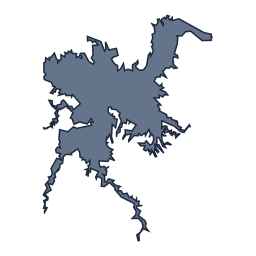 Waduk Cirata, Jawa Barat, Indonesia (Natural Earth projection)
{"feature_id": "22746128B76055711701199", "entity_name": "Waduk Cirata", "entity_type": "district", "adm_level": 2, "iso_a3": "IDN", "parent_name": "Indonesia", "parent_adm1": "Jawa Barat", "projection": "natural_earth1", "projection_center": [107.303, -6.755], "detail": "fine", "context": "isolated", "style": "filled", "palette": "slate", "viewbox_px": 256, "rotation_deg": 0, "n_neighbors": 0, "source": "geoboundaries", "source_scale": "gbopen_adm2", "svg_char_len": 5778}
<svg xmlns="http://www.w3.org/2000/svg" viewBox="0 0 256 256"><path d="M212.7,37.5L211.4,37.1L211.3,34.2L204.1,32.7L178.9,18.8L172.3,20.6L172.1,17.4L169.9,20.1L168.1,17.9L169.2,16.1L167.0,15.4L165.8,19.0L164.4,17.3L161.7,19.3L161.3,21.4L163.3,23.0L163.2,25.2L159.2,19.0L157.4,19.3L158.0,22.5L156.1,25.4L152.0,23.9L154.2,27.3L155.0,32.8L152.1,34.5L152.8,37.8L151.2,42.5L152.6,43.1L152.7,46.1L151.6,46.3L153.3,51.3L150.5,56.3L150.2,52.8L148.5,54.7L146.5,65.9L143.5,69.9L139.6,70.3L136.3,67.7L135.5,65.7L138.1,63.4L137.7,59.9L137.2,61.8L132.5,65.0L132.5,70.8L128.0,69.2L124.6,70.7L123.4,63.6L120.4,69.2L117.6,70.7L117.6,65.5L114.8,64.1L111.5,59.4L112.9,57.3L118.1,55.4L116.4,48.4L109.0,49.9L105.5,41.9L105.8,49.2L104.6,51.2L100.8,41.6L87.4,36.4L87.6,40.9L90.2,40.0L92.9,42.6L94.7,40.9L98.0,45.1L92.6,45.4L93.1,55.0L91.3,57.9L94.4,62.4L93.0,64.2L88.7,61.4L84.5,53.2L80.3,53.4L79.7,55.5L81.8,56.1L81.7,58.4L78.3,56.6L76.2,57.5L76.6,53.6L72.1,53.3L71.5,50.3L70.0,52.1L68.3,51.3L67.7,53.7L64.2,52.0L65.4,53.1L64.7,56.9L61.0,54.8L61.1,58.7L57.8,62.7L58.1,60.0L56.6,59.3L54.4,53.1L50.9,57.4L49.2,57.4L49.4,60.0L45.8,57.8L45.2,62.4L43.9,62.8L43.9,72.1L45.8,74.6L43.9,76.6L44.3,79.5L51.5,82.4L52.9,86.3L55.3,86.6L50.3,92.9L52.9,93.7L53.9,91.2L55.3,92.0L56.2,88.7L60.6,89.4L58.7,92.8L60.5,93.5L58.9,95.2L65.3,93.7L65.9,95.6L71.3,95.4L71.5,97.0L72.9,94.9L80.4,103.7L73.4,109.9L71.8,106.3L69.0,106.5L63.5,100.0L61.2,101.6L61.2,104.0L57.1,105.2L56.9,108.8L55.7,106.2L52.5,105.3L52.1,100.7L48.9,100.3L51.8,105.8L57.0,110.3L54.8,113.1L56.4,116.4L55.8,118.4L52.7,119.1L54.1,123.9L52.0,121.8L50.3,123.7L51.3,125.7L45.7,128.4L43.7,127.8L44.0,128.8L46.2,128.8L50.5,126.3L52.4,127.5L52.0,123.6L54.5,125.1L55.0,122.0L56.6,123.1L58.0,120.9L57.0,118.4L58.8,115.8L57.0,113.8L59.1,108.5L60.4,109.6L66.8,105.8L67.7,108.3L70.2,108.7L69.7,109.6L73.0,112.6L70.4,118.1L72.1,118.8L74.1,124.3L79.5,122.0L87.3,124.0L91.2,118.7L93.0,121.9L90.3,121.9L91.6,125.2L76.7,128.4L73.5,126.8L67.9,131.7L59.7,129.7L58.9,139.6L60.0,141.8L58.9,144.5L60.5,147.9L57.7,147.0L55.6,149.7L56.4,152.6L60.6,153.7L59.0,156.3L61.5,160.0L56.8,158.3L51.1,168.5L52.4,173.8L50.7,176.6L48.4,177.0L49.7,179.4L45.4,184.4L47.2,188.2L43.3,194.9L46.7,197.7L46.7,199.2L43.7,200.7L44.9,204.1L43.6,208.3L46.5,208.0L45.0,209.9L44.4,211.3L44.6,212.4L47.0,207.9L44.9,206.6L45.3,201.0L47.8,199.8L48.0,197.3L44.8,194.3L51.1,190.0L48.3,183.6L52.6,184.6L54.5,180.9L53.5,178.7L55.6,177.4L54.7,173.5L58.8,169.9L57.6,169.8L59.7,167.6L60.1,164.2L62.5,163.4L63.4,156.6L66.1,154.3L71.6,154.7L71.2,153.3L77.7,148.9L79.6,152.2L80.1,157.3L82.6,158.0L82.1,159.9L84.6,159.4L86.4,163.4L89.8,160.4L89.6,165.0L88.1,165.5L88.7,168.5L85.7,169.5L87.5,170.1L86.0,175.6L87.5,172.4L88.1,176.6L88.9,170.8L90.3,172.0L91.0,168.5L98.5,171.6L95.7,177.1L96.3,178.9L97.4,176.0L101.9,178.8L101.3,186.1L104.2,186.6L109.4,182.5L115.2,188.0L114.8,189.5L121.3,197.0L134.7,203.8L133.6,207.2L136.2,211.3L135.8,214.7L132.2,218.5L138.4,218.3L142.2,222.6L143.0,226.8L140.5,232.2L136.8,234.9L138.1,240.6L139.2,240.6L138.9,234.4L143.2,228.7L148.4,230.9L145.4,227.0L146.1,223.5L144.9,220.6L138.3,215.5L140.6,211.0L136.3,207.8L136.8,206.2L142.3,205.5L138.5,205.5L139.1,201.1L136.7,201.5L136.5,198.6L135.5,200.7L131.7,197.5L132.0,196.2L129.4,197.7L127.0,193.2L123.3,194.1L121.0,190.7L118.3,190.9L118.7,187.3L120.2,186.6L115.0,184.9L112.1,182.0L114.0,180.5L108.5,178.8L106.4,182.1L104.7,181.4L104.7,176.6L103.1,174.5L106.0,175.3L106.8,170.8L105.2,169.6L109.0,166.4L106.6,168.2L104.0,166.3L100.5,167.3L99.0,163.7L99.3,160.8L107.9,161.5L109.5,158.4L114.7,160.6L110.4,155.4L112.4,153.8L110.5,152.1L112.9,149.7L108.6,147.5L106.4,144.2L107.8,142.7L106.0,142.4L106.8,137.4L107.5,138.3L109.6,134.5L112.2,143.0L113.0,142.4L111.5,136.8L112.2,124.3L115.6,127.7L117.2,119.3L114.3,118.5L114.7,116.6L112.8,116.3L112.6,114.1L111.0,115.2L108.0,111.7L108.5,107.5L111.2,107.1L111.6,109.2L115.9,109.5L120.3,113.4L118.8,115.1L121.4,121.4L116.5,132.3L116.5,137.0L116.9,133.6L120.0,131.9L120.2,127.7L121.6,127.1L122.3,123.8L123.4,122.5L126.2,123.6L127.1,119.3L129.6,121.4L129.2,123.1L130.6,121.9L136.2,124.8L132.0,130.9L125.1,129.9L125.4,133.4L123.2,137.0L122.6,139.7L125.9,135.0L131.3,133.9L128.6,140.3L128.8,141.5L134.1,135.5L138.2,135.8L138.6,133.4L140.9,135.6L145.4,133.1L145.5,135.5L148.9,129.4L150.5,134.3L149.1,137.3L151.8,134.1L153.3,136.3L153.7,140.1L151.9,144.0L149.9,145.0L146.2,140.8L144.4,143.2L138.4,143.1L140.6,145.8L144.9,146.0L143.6,149.5L145.6,150.9L148.3,149.2L148.7,151.6L150.8,149.9L149.8,155.2L152.5,151.1L155.3,156.8L156.6,156.5L154.4,151.7L154.8,148.7L157.8,152.7L158.7,151.7L155.9,147.8L154.3,143.4L163.8,153.1L158.8,144.7L156.9,144.8L156.9,137.6L159.1,137.6L162.7,146.3L165.6,147.6L164.3,145.4L166.1,143.8L171.5,144.9L167.5,142.3L163.8,144.2L161.9,140.0L161.8,135.5L166.4,136.0L161.6,134.1L165.1,127.9L165.8,129.4L163.6,131.5L164.6,133.1L168.4,131.4L172.0,135.5L174.7,132.7L175.8,137.8L179.6,134.0L178.0,133.6L176.1,137.0L175.8,132.4L173.5,131.7L171.3,133.9L171.4,130.2L169.5,131.1L167.8,129.7L166.6,126.1L163.9,125.9L161.7,128.2L161.8,120.7L174.4,126.2L180.2,131.4L183.9,132.5L188.4,126.6L190.2,126.6L189.3,124.7L184.6,130.6L180.2,129.2L181.3,127.5L177.8,125.8L177.4,122.0L176.0,122.3L176.7,121.0L171.8,119.5L171.3,117.6L167.2,117.5L166.5,114.6L159.1,110.7L159.9,109.4L157.7,105.2L160.7,105.0L154.1,97.8L159.3,97.9L159.2,95.1L162.8,97.0L164.0,94.9L167.7,94.9L165.4,91.9L160.1,89.8L163.8,87.8L161.7,86.5L161.8,84.0L159.6,86.1L154.1,81.3L156.5,76.9L160.2,77.0L160.6,74.5L166.2,77.3L162.8,71.9L165.8,68.1L169.6,68.0L170.9,66.2L174.2,68.5L177.0,67.9L172.9,63.8L173.7,62.0L172.7,61.0L173.5,56.8L177.9,57.9L177.5,55.4L174.3,53.7L177.2,44.0L177.8,37.7L176.7,35.8L181.7,36.0L185.4,31.8L190.7,31.2L202.1,40.6L211.3,40.3L211.4,37.1L212.7,37.5Z" fill="#64748b" stroke="#1e293b" stroke-width="1.5"/></svg>